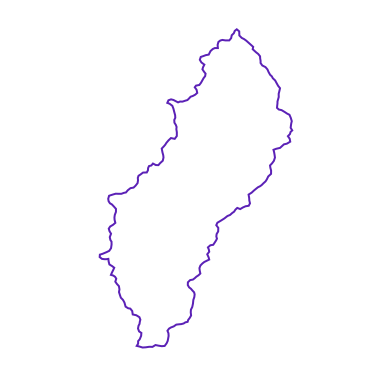 Alvinópolis, Minas Gerais, Brazil (Albers equal-area conic projection), rotated 130°
{"feature_id": "56859067B9010081641280", "entity_name": "Alvinópolis", "entity_type": "district", "adm_level": 2, "iso_a3": "BRA", "parent_name": "Brazil", "parent_adm1": "Minas Gerais", "projection": "albers", "projection_center": [-43.147, -20.111], "detail": "fine", "context": "isolated", "style": "outline", "palette": "violet", "viewbox_px": 384, "rotation_deg": 130, "n_neighbors": 0, "source": "geoboundaries", "source_scale": "gbopen_adm2", "svg_char_len": 4044}
<svg xmlns="http://www.w3.org/2000/svg" viewBox="0 0 384 384"><g transform="rotate(130 192 192)"><path d="M345.4,135.4L344.2,133.0L342.9,129.9L340.7,127.6L338.1,125.3L336.0,122.7L332.7,121.6L331.2,118.8L329.5,116.0L327.5,114.0L324.2,114.2L321.7,114.9L319.9,115.9L317.3,117.4L315.3,119.3L314.1,121.6L311.5,121.8L309.4,121.1L306.7,119.6L303.7,118.8L302.0,117.2L300.1,115.3L298.1,113.9L296.1,113.3L294.3,111.9L292.4,112.7L290.0,112.8L287.2,113.3L285.0,115.6L282.8,117.2L279.9,117.9L276.9,119.5L273.8,121.6L271.0,122.7L268.7,124.2L267.5,125.9L267.2,128.3L266.8,130.6L266.9,132.9L266.0,135.4L263.8,137.1L260.7,136.8L258.5,135.0L256.3,134.5L254.0,134.2L251.7,133.5L249.1,133.2L247.3,135.5L245.5,137.4L242.9,138.3L240.1,138.1L237.7,137.6L235.2,136.5L232.7,135.4L231.4,137.2L229.9,140.3L226.7,140.4L225.2,142.2L224.2,144.2L221.0,143.7L218.8,141.8L216.1,142.1L213.7,142.4L211.7,142.9L210.4,144.8L208.4,146.1L205.4,146.6L202.6,148.8L201.8,152.1L199.2,152.8L195.2,151.4L191.4,150.2L187.6,149.4L185.1,148.1L182.3,147.7L180.0,147.1L177.6,147.4L175.1,147.1L174.1,144.1L171.2,143.1L168.5,141.8L166.1,139.7L163.4,140.3L161.7,142.6L159.8,144.4L157.6,147.0L154.2,145.9L151.0,145.5L148.3,145.0L145.9,144.5L143.9,143.6L141.9,143.1L139.5,142.9L136.6,142.5L134.2,142.8L131.1,143.6L127.3,143.1L124.7,145.2L123.2,147.4L121.5,149.3L118.6,149.1L115.5,149.3L112.3,150.6L110.4,152.7L108.8,154.6L107.3,156.7L104.8,155.3L101.6,152.9L98.6,152.5L96.4,152.2L94.0,150.4L90.3,149.1L88.4,151.4L87.6,154.4L84.7,154.2L82.6,155.1L80.4,154.8L79.4,157.7L77.4,159.0L75.6,160.1L73.6,161.1L71.7,164.0L70.2,167.0L70.8,169.5L71.1,172.2L71.7,176.0L73.0,178.5L72.9,181.0L71.0,182.3L69.3,183.4L67.7,184.7L65.5,185.7L63.5,186.6L61.1,188.7L58.4,190.0L55.9,191.3L55.3,194.3L54.2,197.2L53.1,200.0L52.9,203.2L52.1,205.2L52.0,207.5L50.9,210.4L49.6,213.0L49.1,216.0L49.9,219.5L49.1,222.4L47.5,223.7L45.9,225.6L44.3,227.1L43.7,230.0L43.8,232.7L43.7,234.9L43.6,237.3L41.5,238.4L41.4,241.0L41.3,244.2L41.2,247.7L41.4,250.4L42.0,253.0L41.7,256.3L38.6,259.1L38.6,262.3L41.1,262.8L43.5,262.0L46.4,262.3L49.0,260.9L51.9,260.9L54.3,263.7L56.0,266.5L57.8,267.7L60.1,268.2L62.9,266.9L65.1,264.7L67.0,267.0L69.1,268.0L72.2,268.4L76.0,267.5L78.3,269.4L80.8,270.8L82.9,272.1L85.7,271.0L86.7,268.1L86.5,264.4L89.1,263.8L91.3,262.9L92.1,260.2L92.6,257.7L94.8,256.4L97.4,256.3L100.0,255.8L102.7,255.3L105.3,255.2L107.9,257.3L110.0,257.2L110.7,254.3L112.7,251.7L115.4,252.1L117.9,253.1L119.9,254.3L122.2,254.4L124.5,254.6L126.3,255.8L128.9,257.4L130.4,259.3L132.3,260.3L132.9,262.9L133.4,265.3L134.5,267.6L136.9,269.0L139.6,268.2L138.8,265.9L138.6,262.5L140.1,259.8L141.9,257.3L144.0,254.3L145.9,252.5L148.2,251.9L150.2,250.0L151.0,247.5L152.1,245.6L153.9,244.4L156.0,242.0L158.9,239.6L162.4,239.4L164.2,242.8L167.6,243.2L170.9,243.2L172.9,242.9L174.9,242.9L178.2,243.1L180.7,240.0L182.3,237.7L183.9,236.0L186.8,234.5L190.6,235.0L193.0,235.0L194.6,237.0L195.3,240.2L197.8,240.2L199.8,241.6L201.9,241.0L203.7,239.7L206.1,239.2L208.6,242.0L211.7,242.7L213.9,243.4L216.0,242.6L217.7,240.9L220.2,239.4L223.5,239.3L226.2,239.6L228.6,241.6L231.9,242.3L234.8,242.3L236.4,243.6L238.7,244.9L240.6,247.1L242.3,249.3L244.5,250.8L246.4,252.0L248.2,253.1L251.1,251.8L252.7,249.9L253.4,247.6L253.0,245.4L253.3,242.7L253.8,239.4L256.1,237.5L259.2,236.4L261.3,235.1L263.1,233.4L264.9,230.9L267.9,231.4L271.0,232.5L273.6,232.2L275.1,229.9L276.0,227.2L279.4,226.0L281.2,223.7L281.8,221.7L284.0,219.8L287.1,217.9L290.3,217.6L293.0,218.8L296.7,220.7L299.2,222.3L301.2,220.9L301.1,218.0L299.9,216.1L298.6,214.5L297.0,213.1L298.8,211.2L300.6,208.7L300.1,205.5L300.0,202.9L302.8,202.1L305.3,201.5L307.6,200.8L306.6,198.6L306.4,196.4L307.1,194.3L310.0,193.1L310.7,190.4L311.1,187.5L313.2,185.0L315.6,183.6L317.3,180.9L318.7,178.6L319.0,175.6L320.1,172.7L322.5,169.2L322.1,166.2L321.0,164.3L321.6,161.3L323.9,158.7L322.2,155.4L321.7,151.8L323.0,149.5L324.9,148.6L326.8,147.4L328.8,147.0L331.3,145.6L332.8,142.9L332.5,140.2L334.9,138.5L338.4,137.4L340.9,137.4L342.8,135.8L345.4,135.4Z" fill="none" stroke="#5b21b6" stroke-width="2"/></g></svg>